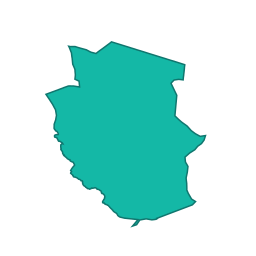 San Lucas Zoquiápam, Oaxaca, Mexico, rotated 253°
{"feature_id": "50627088B48388280535597", "entity_name": "San Lucas Zoquiápam", "entity_type": "district", "adm_level": 2, "iso_a3": "MEX", "parent_name": "Mexico", "parent_adm1": "Oaxaca", "projection": "orthographic", "projection_center": [-96.922, 18.111], "detail": "fine", "context": "isolated", "style": "filled", "palette": "teal", "viewbox_px": 256, "rotation_deg": 253, "n_neighbors": 0, "source": "geoboundaries", "source_scale": "gbopen_adm2", "svg_char_len": 4299}
<svg xmlns="http://www.w3.org/2000/svg" viewBox="0 0 256 256"><g transform="rotate(253 128 128)"><path d="M35.7,167.1L35.8,167.3L37.9,171.1L41.5,168.0L47.1,166.7L48.0,166.5L50.8,166.2L51.5,166.1L52.7,166.5L54.8,167.1L55.9,167.4L56.7,167.6L57.7,167.9L59.9,168.3L60.6,168.4L62.8,168.9L63.1,168.9L68.4,171.8L68.6,171.9L70.0,172.5L71.4,173.1L73.7,174.1L76.5,173.5L77.2,173.3L78.2,173.1L78.7,173.0L81.7,173.6L83.5,174.0L86.0,179.5L87.7,185.6L90.2,189.4L91.6,193.7L94.2,197.2L98.1,199.9L98.9,194.6L102.9,190.7L107.0,187.7L112.6,185.1L113.4,184.5L116.4,182.2L117.7,181.2L118.6,180.6L121.4,178.9L125.9,176.4L128.6,177.5L145.0,184.2L148.9,183.6L158.2,182.2L158.4,182.5L160.4,186.1L160.2,187.5L159.7,190.7L158.5,193.5L157.9,194.8L160.1,195.7L162.0,196.6L163.3,197.1L164.6,197.7L166.5,198.5L168.1,199.2L169.2,199.6L170.6,200.2L170.9,200.4L171.9,200.8L172.2,200.4L176.7,193.9L182.7,185.0L182.9,184.8L185.8,180.5L189.7,174.8L193.5,169.2L196.0,165.6L198.1,162.5L199.9,159.8L202.0,156.8L203.6,154.4L205.0,152.4L215.2,137.4L214.4,135.4L213.3,132.3L211.5,127.3L210.5,124.3L209.6,121.7L208.6,119.2L211.4,114.6L215.0,111.0L218.4,105.6L219.7,103.6L221.3,101.3L222.4,97.8L222.6,96.9L223.5,95.2L222.4,95.4L220.0,95.6L218.5,95.7L217.1,95.8L216.7,95.9L216.0,95.8L214.3,95.5L212.0,95.1L211.5,95.1L206.7,94.1L205.6,93.9L205.2,93.8L204.4,93.9L200.7,94.3L200.0,94.3L199.6,94.4L198.7,94.2L198.0,94.0L194.2,93.2L192.7,92.6L190.6,91.7L190.2,91.5L187.1,94.9L181.4,93.7L184.2,87.9L184.6,86.5L185.0,85.3L185.4,84.0L185.6,83.2L185.5,81.2L185.4,78.9L185.4,78.4L185.3,78.0L184.2,59.4L181.9,60.1L179.6,60.8L177.7,61.4L176.5,61.7L173.1,62.7L172.2,62.9L169.1,63.5L167.3,63.9L166.8,64.0L165.7,63.9L162.6,63.5L161.0,63.3L157.9,61.7L156.9,61.2L153.6,58.8L153.2,58.5L151.6,58.0L149.3,57.2L148.8,57.4L148.3,57.3L147.7,57.8L146.8,57.8L146.4,58.0L145.6,59.0L144.5,59.4L144.0,59.5L143.4,59.6L142.6,59.6L142.2,59.4L142.1,59.2L142.3,58.4L142.6,57.7L142.6,56.2L142.5,55.9L142.2,55.5L141.5,55.3L141.4,55.3L141.0,55.2L140.7,55.3L140.5,55.5L140.0,56.4L139.8,56.6L139.5,56.9L139.4,57.1L139.0,57.2L138.8,57.3L138.5,57.2L138.1,57.3L137.7,57.4L137.2,57.6L136.5,57.5L135.7,57.8L135.4,58.2L135.4,58.7L135.1,59.0L134.9,59.2L134.8,59.4L134.6,59.5L134.4,59.7L134.0,59.9L133.8,60.0L133.2,60.7L132.8,60.9L132.3,61.0L132.8,60.5L132.0,60.0L131.6,58.9L131.4,58.7L131.0,58.7L130.8,58.6L130.0,58.3L129.4,58.1L129.1,58.1L127.8,58.0L127.7,57.7L127.0,57.5L126.8,57.7L126.5,57.7L125.8,57.9L124.5,58.4L124.4,58.4L122.8,58.1L122.5,58.2L121.4,58.4L120.5,58.6L120.6,59.1L120.2,59.1L119.2,59.4L117.8,60.4L117.3,60.7L116.6,60.9L116.3,61.1L116.1,61.3L114.5,62.8L114.6,63.2L114.4,63.3L113.6,63.1L113.1,63.4L112.4,64.1L111.6,65.1L111.3,65.6L110.0,65.8L109.3,65.9L109.0,66.1L108.0,66.0L107.0,64.3L106.4,63.4L105.1,61.8L104.7,61.4L104.1,60.7L102.8,61.3L102.1,60.5L101.9,60.1L101.5,59.9L100.2,60.7L98.9,61.5L98.6,61.3L98.1,61.6L97.6,61.6L97.4,61.6L96.8,62.2L96.5,63.2L96.2,63.5L95.9,63.8L95.4,64.5L94.9,64.9L94.7,65.0L93.9,65.6L93.5,65.8L92.9,66.8L92.8,67.0L92.7,67.1L92.4,67.2L92.1,67.5L91.2,67.7L90.9,68.5L90.8,68.8L89.8,68.9L88.8,68.4L88.2,68.6L87.2,68.4L86.9,68.5L86.3,68.7L85.7,69.0L85.3,69.2L84.9,69.8L84.2,70.1L83.8,70.2L83.5,70.5L83.0,71.0L82.1,71.4L81.8,71.7L81.5,72.6L80.8,73.3L80.7,73.4L80.8,74.9L81.2,75.4L81.2,75.5L81.1,76.0L80.8,76.3L80.7,77.0L80.6,77.6L80.5,78.1L80.7,78.6L80.5,79.2L80.3,79.5L79.9,79.8L79.4,80.2L78.4,80.6L78.4,81.0L77.8,81.8L77.6,82.1L77.1,82.7L76.5,82.9L75.9,83.6L75.3,83.8L75.0,83.8L74.7,83.7L74.3,83.7L74.1,83.9L73.5,83.7L73.1,84.0L72.9,84.0L72.7,84.4L72.3,85.0L70.6,85.8L69.2,85.8L68.6,85.6L68.1,85.1L67.6,84.9L67.3,84.9L66.8,84.3L66.8,84.1L66.7,83.9L66.2,83.5L66.0,83.3L65.7,82.9L65.4,82.7L65.3,82.4L65.0,82.3L64.8,82.1L64.3,82.1L64.1,82.0L63.8,82.4L63.6,82.4L63.6,82.7L63.4,83.1L63.1,83.1L62.9,83.2L62.8,83.5L62.3,83.6L62.1,83.9L61.8,83.9L61.7,84.2L61.3,84.5L60.7,85.5L60.2,85.8L60.1,86.1L59.4,86.6L59.1,86.7L58.3,87.1L58.0,87.3L57.5,87.4L57.4,87.5L55.7,88.3L55.6,88.5L55.2,88.7L54.2,89.1L53.9,89.4L53.5,89.4L52.5,89.8L52.2,90.0L51.2,90.8L50.8,91.1L50.3,91.6L49.5,92.2L49.0,92.3L47.2,92.7L46.9,92.9L45.5,93.9L44.8,94.9L44.0,96.3L42.8,98.3L37.5,110.8L32.9,103.7L33.0,108.0L33.6,108.7L36.6,112.4L35.8,118.8L33.7,123.0L33.2,124.0L32.7,126.7L32.5,128.2L32.8,129.4L33.2,129.2L35.7,167.1Z" fill="#14b8a6" stroke="#0f766e" stroke-width="1.5"/></g></svg>